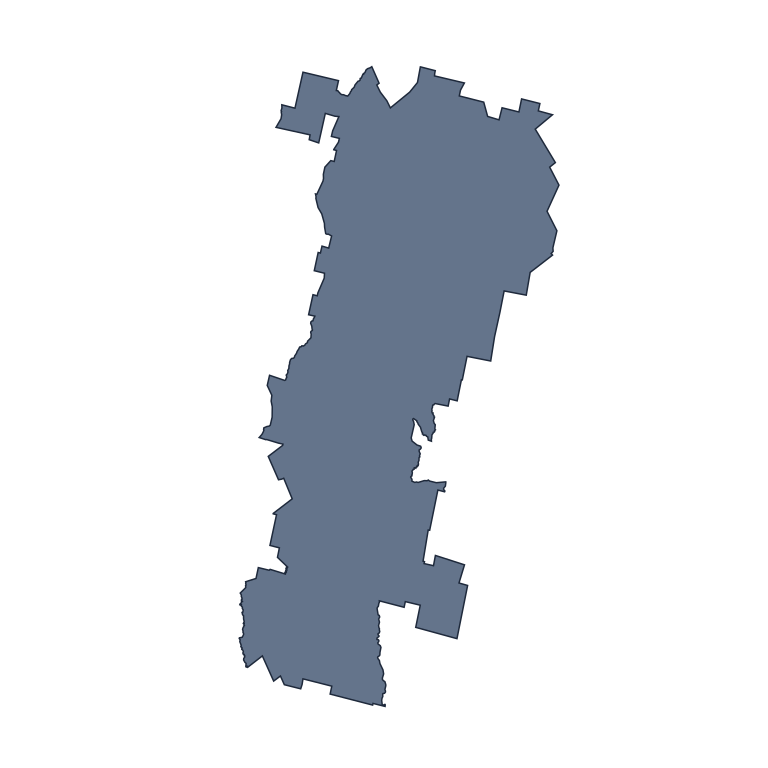 Cloncurry, Queensland, Australia (Equal Earth projection), rotated 189°
{"feature_id": "25037944B6261933942264", "entity_name": "Cloncurry", "entity_type": "district", "adm_level": 2, "iso_a3": "AUS", "parent_name": "Australia", "parent_adm1": "Queensland", "projection": "equal_earth", "projection_center": [140.518, -20.699], "detail": "fine", "context": "isolated", "style": "filled", "palette": "slate", "viewbox_px": 768, "rotation_deg": 189, "n_neighbors": 0, "source": "geoboundaries", "source_scale": "gbopen_adm2", "svg_char_len": 6118}
<svg xmlns="http://www.w3.org/2000/svg" viewBox="0 0 768 768"><g transform="rotate(189 384 384)"><path d="M512.8,679.3L515.1,642.5L528.6,643.8L528.0,640.6L528.4,637.9L527.8,637.0L528.1,636.6L527.2,633.9L527.2,629.9L530.8,620.6L496.0,618.5L496.1,613.6L486.2,611.9L484.3,642.1L474.3,640.8L470.4,641.1L474.3,626.0L474.7,620.3L466.5,619.6L466.8,615.7L470.3,607.8L470.3,607.5L467.4,607.2L468.0,596.0L471.5,596.3L476.3,589.0L476.7,581.6L475.9,577.6L476.0,574.9L480.0,560.9L481.4,561.0L480.4,558.3L480.3,556.6L476.7,547.9L472.1,542.3L468.0,533.4L467.2,529.6L465.1,523.4L463.8,523.0L462.4,523.3L458.9,522.0L459.9,509.6L466.8,510.5L467.3,503.4L469.6,503.6L470.6,485.0L460.1,484.1L459.6,479.2L463.6,463.5L463.7,460.7L468.1,461.1L469.3,440.6L462.9,440.2L463.3,438.5L463.8,437.9L464.1,435.3L465.0,435.0L465.9,433.9L465.9,432.4L464.4,429.9L463.5,426.7L463.1,426.2L463.2,425.7L464.4,424.5L464.5,423.6L463.7,421.7L463.4,418.2L466.2,414.3L466.1,412.9L467.8,411.3L468.3,410.0L469.5,408.9L471.1,408.9L471.6,407.9L473.1,407.3L473.7,405.2L474.9,402.6L475.2,400.7L476.6,397.7L476.7,396.3L477.4,395.3L479.2,394.8L480.2,393.3L480.6,390.5L480.4,389.2L480.7,387.0L480.4,384.6L481.2,382.2L480.7,380.7L481.1,378.9L482.0,377.5L481.6,377.1L481.1,375.1L481.5,374.5L481.8,372.6L482.6,372.0L498.4,374.7L499.1,364.3L493.0,355.3L492.8,349.5L490.8,344.0L489.3,333.7L489.9,325.5L490.9,324.4L493.0,323.7L495.8,321.9L495.8,320.2L495.4,319.6L495.8,317.7L496.7,315.1L498.9,311.6L492.0,310.5L491.2,310.8L479.0,309.1L474.4,308.8L474.5,307.5L487.0,294.4L473.2,272.9L470.0,274.1L468.3,275.2L456.7,256.2L473.2,238.8L473.1,238.4L469.7,238.1L471.4,206.7L461.7,205.8L462.1,196.1L450.5,188.1L450.7,187.4L451.5,187.5L451.2,186.4L451.7,186.8L452.0,186.6L451.6,185.8L451.9,184.1L451.2,184.0L451.5,183.4L451.0,183.0L451.2,182.5L451.7,182.5L451.7,181.8L451.9,181.9L452.0,182.6L452.4,182.4L451.9,180.9L467.5,183.1L468.3,182.1L479.4,183.0L480.0,171.9L489.7,167.1L489.3,166.4L489.5,165.7L488.8,163.9L489.2,163.4L488.7,161.3L493.3,155.0L491.9,153.4L491.7,151.8L490.9,150.6L490.5,149.3L490.6,148.8L491.0,148.8L491.0,148.1L490.1,147.2L490.8,147.1L490.5,145.9L491.8,144.2L491.9,143.4L491.2,143.2L490.7,143.9L490.3,143.8L490.2,142.4L489.0,141.5L488.8,140.1L487.7,138.8L487.8,136.5L488.4,136.3L488.5,135.9L487.9,135.2L487.9,134.6L487.3,133.7L486.5,133.2L485.9,129.8L484.9,127.6L485.5,125.4L485.1,125.1L484.6,125.4L484.6,124.4L484.1,123.6L484.8,122.9L484.6,122.1L485.1,121.3L485.3,119.5L484.5,117.9L484.5,116.8L483.7,115.7L483.5,114.5L484.4,111.7L487.1,110.7L487.2,110.0L486.1,108.9L486.1,106.9L484.2,103.7L484.3,102.1L483.0,101.3L482.8,100.7L483.1,100.1L483.0,99.7L481.7,98.9L481.0,97.5L481.3,96.4L481.0,95.5L480.7,95.1L479.9,95.1L479.6,94.7L479.6,93.8L479.0,93.7L478.9,92.3L479.6,91.1L479.5,89.5L477.8,87.3L476.5,86.5L476.3,83.4L475.9,82.9L475.6,82.9L475.6,83.7L475.2,84.0L474.3,82.9L461.6,96.4L446.5,73.3L440.6,79.4L435.4,71.4L418.6,69.9L417.9,74.4L417.9,80.1L388.3,77.4L388.7,69.3L345.0,65.1L344.9,66.8L332.5,65.7L332.6,67.3L333.0,67.7L334.8,66.6L335.6,67.0L336.8,71.2L336.8,73.3L336.3,75.1L336.8,77.7L336.6,78.1L335.1,78.6L334.4,79.9L334.5,80.9L335.3,82.4L335.0,86.2L335.3,87.6L336.6,90.2L338.2,90.9L339.3,91.9L339.6,93.4L339.0,97.6L340.3,101.5L344.3,107.3L345.3,110.2L346.8,111.6L347.5,112.7L347.4,113.6L346.0,114.9L345.7,115.7L346.0,118.4L345.8,123.3L346.7,124.9L349.3,126.4L349.6,127.6L348.9,128.7L349.0,130.0L349.7,130.6L350.9,130.5L351.2,131.0L351.0,132.3L349.5,133.8L349.6,134.5L350.6,135.4L350.9,136.2L349.7,137.5L349.5,139.0L350.1,140.2L350.3,141.8L350.9,142.5L351.6,144.7L351.2,148.1L352.5,151.0L351.8,153.2L352.5,154.7L353.3,154.8L353.8,155.4L355.7,161.1L355.6,162.2L354.8,163.7L354.8,166.4L354.4,167.9L354.7,169.1L329.2,166.6L328.9,172.4L313.6,171.2L314.6,148.6L272.1,143.9L269.9,198.1L278.8,199.2L276.2,218.0L306.4,222.7L306.7,212.3L316.3,212.9L316.2,214.9L317.7,215.1L317.5,246.7L316.0,246.7L314.2,287.7L307.3,287.0L307.1,287.8L308.6,289.2L308.7,289.7L308.7,290.5L307.4,292.7L307.5,296.2L307.7,297.0L316.9,294.7L323.9,295.3L325.2,296.1L326.3,295.2L329.1,294.9L334.9,292.1L336.6,292.3L338.2,291.6L341.2,292.4L341.5,294.3L343.1,296.2L343.0,296.8L342.0,297.7L342.4,298.5L342.1,298.9L342.1,300.8L342.8,302.3L342.1,303.2L341.8,304.3L340.9,304.6L341.0,306.0L340.3,306.2L339.4,305.8L338.8,307.8L338.3,307.6L338.0,308.9L337.5,308.8L337.4,310.3L338.0,312.1L337.5,313.9L337.8,316.3L337.8,317.0L337.2,317.6L337.7,318.8L337.3,320.7L338.7,322.9L338.9,323.8L338.9,324.5L338.0,325.2L337.4,326.2L337.4,327.2L338.1,328.3L341.8,328.9L347.3,332.0L348.7,335.0L347.8,348.5L348.9,351.6L349.9,352.9L350.1,353.8L349.4,354.5L345.8,352.8L345.7,352.0L344.5,350.8L343.9,349.6L341.3,347.1L339.1,342.5L338.4,342.0L338.3,340.7L337.7,340.6L337.2,339.8L336.5,339.5L336.0,340.0L334.3,339.8L333.9,339.0L332.5,338.6L331.5,335.5L328.2,334.9L328.6,336.8L328.4,337.8L328.7,341.3L327.8,343.1L327.8,344.0L326.7,344.5L326.5,345.1L326.8,345.7L326.0,346.8L326.5,347.2L326.8,348.0L327.0,351.8L328.3,353.0L329.5,355.6L328.9,359.1L329.4,359.2L329.6,360.3L330.9,361.7L331.0,363.0L331.8,362.9L332.5,364.3L332.3,364.9L332.9,366.9L332.5,368.2L332.6,370.5L332.3,371.0L331.6,371.1L331.4,371.7L330.5,372.7L317.2,372.2L316.9,379.5L309.1,378.8L308.2,400.3L307.3,400.3L306.3,424.3L282.2,423.4L282.2,448.0L280.7,473.1L279.9,494.7L257.4,494.0L257.1,517.1L237.7,537.7L239.3,539.0L237.7,541.5L238.5,544.9L237.2,562.4L250.0,580.1L242.3,607.8L254.3,624.1L249.4,629.5L274.5,659.4L259.7,676.3L274.3,677.9L273.9,685.4L292.7,687.1L293.3,673.8L310.6,675.3L311.7,662.9L323.5,664.5L329.6,678.0L354.7,680.3L354.4,686.2L351.7,693.9L382.3,696.2L382.5,698.9L382.4,701.5L397.1,702.9L397.7,702.9L398.1,687.0L404.3,676.3L420.9,657.7L425.5,664.2L433.3,671.7L437.9,678.2L435.9,680.3L445.7,695.5L447.1,694.2L449.5,692.9L450.8,691.5L451.6,688.5L452.6,687.6L452.6,686.8L453.2,686.8L453.4,686.2L454.3,682.6L455.2,682.2L455.4,681.7L455.1,680.7L455.3,680.2L456.0,679.4L457.0,679.0L459.4,674.9L459.9,672.4L462.0,669.7L462.0,668.8L462.9,667.0L463.2,665.5L464.9,662.7L467.5,662.9L469.0,663.4L471.1,663.2L472.9,664.1L473.5,664.9L474.5,665.4L475.4,666.4L477.0,666.4L476.4,676.5L512.8,679.3Z" fill="#64748b" stroke="#1e293b" stroke-width="1.5"/></g></svg>